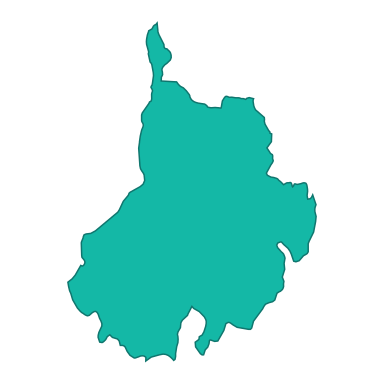 the Department of Santander
{"feature_id": "COL-1317", "entity_name": "Santander", "entity_type": "Department", "adm_level": 1, "iso_a3": "COL", "parent_name": "Colombia", "parent_adm1": "", "projection": "robinson", "projection_center": [-73.442, 6.936], "detail": "fine", "context": "isolated", "style": "filled", "palette": "teal", "viewbox_px": 384, "rotation_deg": 0, "n_neighbors": 0, "source": "natural_earth", "source_scale": "10m", "svg_char_len": 4709}
<svg xmlns="http://www.w3.org/2000/svg" viewBox="0 0 384 384"><path d="M176.6,81.9L178.4,84.4L179.3,85.3L180.5,86.4L183.4,87.9L186.4,90.9L189.3,94.7L189.7,95.6L189.9,96.2L189.8,96.7L190.0,97.2L191.3,99.5L192.2,100.4L194.0,101.7L195.7,102.4L198.1,103.1L204.7,104.1L206.8,105.6L207.5,107.0L208.8,107.4L211.0,107.8L215.1,107.5L218.6,107.8L220.9,108.1L221.3,107.1L222.4,100.9L224.4,97.7L225.4,96.6L226.2,96.3L227.8,96.6L228.2,96.9L228.8,97.2L229.6,97.3L231.8,97.2L235.7,97.8L238.5,97.8L239.7,98.0L240.5,98.3L240.9,98.5L241.5,98.6L243.0,98.6L243.7,98.7L245.7,99.4L246.8,98.3L249.2,97.6L253.6,98.7L253.2,99.9L253.1,100.6L253.1,101.5L253.8,105.9L254.5,107.8L255.5,109.8L264.3,117.5L264.5,119.6L264.3,121.3L265.0,124.1L268.5,130.3L269.9,132.0L269.9,132.9L270.0,133.2L271.7,133.9L271.4,141.7L266.9,147.9L268.6,150.5L269.1,151.2L270.0,152.7L270.4,153.3L271.1,153.9L272.3,154.6L272.6,155.3L272.7,156.3L272.6,158.4L272.8,159.4L273.1,160.1L273.2,160.9L272.4,162.7L270.8,165.0L266.4,173.1L267.2,175.0L267.6,175.4L270.9,177.1L273.7,177.5L276.7,178.4L277.7,179.0L279.0,180.5L280.4,181.5L283.6,184.7L285.6,183.5L286.5,183.0L287.1,182.8L288.7,182.8L289.5,182.6L290.4,182.5L291.2,183.0L291.8,184.4L292.3,186.4L292.6,186.9L293.2,186.4L293.6,185.8L294.1,184.5L294.4,184.0L295.0,183.9L295.6,184.0L296.5,184.3L297.6,184.4L301.1,183.6L302.4,183.1L303.2,182.9L304.1,182.8L305.2,183.0L305.9,183.3L306.6,184.4L307.0,185.9L307.5,189.1L307.6,191.3L307.1,195.5L307.7,199.1L310.0,198.8L310.6,198.3L311.4,197.5L311.8,196.8L312.7,194.9L316.0,204.7L315.0,207.7L314.8,209.6L314.9,211.7L316.1,216.4L315.6,221.6L313.6,232.1L309.0,241.5L308.2,243.7L308.2,251.8L307.2,253.5L305.9,254.4L303.5,255.7L299.2,260.7L295.9,261.8L293.7,261.2L291.3,254.1L290.0,251.2L287.9,248.2L283.7,244.5L281.5,242.0L280.3,242.0L277.9,242.9L276.7,245.0L277.6,247.6L281.3,251.8L282.5,252.8L283.6,254.1L284.5,256.3L285.0,258.2L284.1,263.4L284.7,269.3L282.3,277.1L283.9,281.3L283.5,283.9L283.6,286.5L283.2,287.9L282.4,289.5L280.5,291.2L279.1,291.8L277.0,293.2L274.8,300.0L272.6,301.7L268.9,302.7L265.5,304.2L263.9,306.4L262.6,308.9L253.5,321.2L251.7,328.0L250.5,329.3L248.4,329.3L237.1,327.3L233.2,325.0L230.2,322.8L228.8,322.4L228.2,322.4L225.9,323.6L223.8,330.5L217.8,341.0L214.7,341.4L210.6,340.0L209.9,340.1L209.4,340.7L209.0,343.8L207.7,347.2L205.2,349.9L203.6,354.8L202.1,354.9L200.4,353.7L195.6,346.9L195.2,342.2L196.2,341.5L198.8,339.5L199.0,338.9L199.3,336.7L202.1,335.1L203.9,331.9L205.7,326.3L206.2,323.4L206.2,321.0L205.7,319.4L204.3,316.8L199.3,311.6L193.8,308.5L191.9,306.4L188.0,313.9L187.5,315.4L182.3,320.2L180.9,322.7L180.4,327.7L178.0,331.9L177.4,334.3L177.9,336.6L178.1,339.3L177.9,342.6L176.7,346.6L175.6,353.5L175.6,356.5L175.3,358.0L175.0,359.4L173.7,360.4L172.7,359.2L170.3,356.9L168.2,355.4L165.7,354.4L163.0,354.1L159.1,354.9L151.2,357.1L145.8,361.0L145.9,357.4L145.1,356.7L143.9,356.0L142.6,355.8L140.5,356.0L138.1,357.0L137.1,357.3L135.6,357.9L134.2,358.0L130.0,355.3L127.2,351.4L125.1,346.9L123.8,345.8L122.5,345.4L120.3,345.4L119.2,341.0L117.5,339.0L112.4,337.4L109.8,334.8L107.3,336.6L105.7,339.6L104.0,341.3L102.6,342.4L101.7,342.5L99.7,342.1L98.1,337.3L98.2,335.2L98.9,332.4L101.8,326.1L101.9,323.7L100.9,320.9L99.6,318.4L98.2,314.3L97.1,312.4L95.7,311.4L94.1,311.6L92.4,312.6L89.3,315.3L87.6,315.8L86.5,315.5L85.3,314.9L84.3,314.3L83.3,313.5L81.6,312.5L80.0,311.0L77.4,308.0L72.7,299.8L70.8,293.4L69.6,290.7L68.6,286.5L68.4,285.3L67.9,282.2L72.1,278.9L75.2,275.2L80.8,265.4L82.1,266.1L83.3,265.6L84.3,264.4L84.9,262.7L84.8,261.3L84.0,259.8L82.0,257.4L81.7,255.6L81.3,242.9L81.5,241.9L83.1,237.9L83.3,236.7L84.1,234.8L86.0,234.0L90.8,233.4L95.4,230.9L117.8,212.2L119.4,209.7L123.3,201.3L128.3,195.3L129.1,193.2L130.2,192.2L140.1,186.7L143.1,184.2L144.7,180.5L144.1,174.8L143.1,172.8L141.7,170.8L140.5,168.7L139.9,165.8L138.7,148.2L139.5,142.3L139.5,141.7L140.3,136.0L141.6,130.3L143.1,126.5L143.3,125.1L143.0,123.6L141.9,121.7L141.6,120.4L141.6,115.0L142.3,112.9L149.0,103.3L149.5,102.0L151.1,101.1L151.7,99.1L151.6,94.4L151.8,93.1L152.3,91.8L152.5,90.5L152.0,89.2L151.0,87.4L151.2,86.3L152.0,85.2L152.4,83.5L153.5,75.7L153.3,72.7L151.8,64.5L151.2,63.2L150.1,62.0L148.3,53.8L148.7,52.0L146.6,44.4L146.4,41.7L146.6,39.1L147.4,34.9L148.7,31.1L148.7,30.8L151.1,29.4L151.6,29.3L152.6,27.8L153.4,26.2L154.5,25.1L155.8,24.6L157.1,23.0L157.8,29.9L157.9,31.8L158.9,34.6L163.9,44.5L164.1,47.1L164.6,47.9L165.1,48.5L165.6,48.7L166.6,48.8L167.1,49.0L167.4,49.3L168.4,50.4L168.9,50.8L169.7,51.6L170.0,52.1L170.4,52.7L171.1,55.1L171.2,57.6L170.3,60.0L166.9,63.3L165.4,64.4L164.7,64.9L162.7,67.3L162.1,68.7L161.9,70.0L162.4,72.0L162.5,73.4L162.6,74.7L161.9,76.2L161.4,77.0L161.2,81.0L176.6,81.9Z" fill="#14b8a6" stroke="#0f766e" stroke-width="1.5"/></svg>